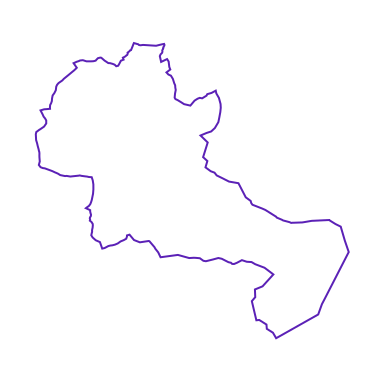 Giwa, Kaduna, Nigeria, rotated 264°
{"feature_id": "59680162B2967434957315", "entity_name": "Giwa", "entity_type": "district", "adm_level": 2, "iso_a3": "NGA", "parent_name": "Nigeria", "parent_adm1": "Kaduna", "projection": "albers", "projection_center": [7.407, 11.046], "detail": "fine", "context": "isolated", "style": "outline", "palette": "violet", "viewbox_px": 384, "rotation_deg": 264, "n_neighbors": 0, "source": "geoboundaries", "source_scale": "gbopen_adm2", "svg_char_len": 3880}
<svg xmlns="http://www.w3.org/2000/svg" viewBox="0 0 384 384"><g transform="rotate(264 192 192)"><path d="M332.5,87.7L327.6,90.4L326.6,89.2L325.1,87.2L324.0,85.5L321.2,81.3L318.0,76.4L316.5,74.7L314.3,70.7L312.8,69.1L311.0,68.0L307.5,67.2L304.7,65.4L302.6,63.5L299.7,62.6L297.0,62.1L296.6,61.9L295.1,61.2L293.3,60.0L291.1,59.6L289.9,59.5L289.6,59.5L289.6,56.5L289.7,53.6L289.0,49.9L284.7,51.6L282.5,52.3L281.7,52.8L280.5,53.6L278.4,54.5L275.4,54.2L272.5,51.7L270.1,47.3L270.0,46.9L267.9,43.4L265.8,42.7L265.7,42.7L259.9,42.4L256.9,43.0L253.7,43.4L250.7,43.9L248.7,44.1L248.0,44.3L246.4,44.3L243.9,44.0L242.5,43.9L238.6,43.8L238.3,43.8L234.9,42.5L232.5,44.0L231.4,46.1L230.9,48.1L228.6,52.8L228.3,53.4L227.3,55.4L225.7,58.0L225.3,58.8L224.2,60.7L222.6,62.7L221.1,67.4L221.1,69.0L220.1,72.6L220.1,78.3L220.1,80.9L220.2,82.1L219.6,83.8L218.7,87.5L218.3,89.3L217.7,91.0L217.2,93.8L213.9,94.5L209.9,94.7L204.9,94.2L200.6,93.4L194.6,91.5L192.5,90.6L190.6,89.6L188.9,88.0L187.7,85.9L187.0,84.8L184.6,88.8L183.2,88.7L181.4,88.9L180.6,89.1L179.8,89.2L178.5,88.8L177.4,87.9L176.5,87.6L175.2,87.8L174.2,87.4L173.3,88.3L172.7,88.9L170.7,89.9L169.3,89.9L166.8,89.4L165.4,88.9L164.4,88.6L162.9,88.5L162.0,88.2L161.9,88.1L159.5,87.3L157.2,88.4L154.1,91.2L151.8,95.2L145.1,96.8L145.4,99.2L145.9,100.5L147.0,103.2L147.3,105.3L147.3,107.2L147.7,109.9L148.6,112.8L150.3,115.8L151.3,119.2L152.4,121.7L154.6,122.7L155.6,122.8L156.1,125.4L150.3,129.3L147.4,134.9L147.8,143.8L147.5,144.5L141.1,148.9L139.4,149.6L135.5,152.1L130.4,153.9L130.9,171.4L126.6,182.3L126.4,187.0L126.1,188.9L125.3,192.9L122.7,195.8L122.4,196.1L121.7,198.6L122.7,205.8L123.6,211.3L122.5,214.6L118.4,220.9L117.7,222.9L117.6,223.3L116.3,224.4L116.0,226.3L116.9,229.3L118.1,232.3L119.0,234.5L116.9,239.2L116.1,243.9L113.6,247.3L109.1,256.2L101.5,264.3L90.8,252.3L88.5,244.4L80.8,243.9L77.2,240.1L57.7,242.6L57.7,245.5L52.4,252.2L48.1,252.1L43.6,257.8L37.8,260.4L57.0,304.7L66.9,309.5L72.0,312.9L115.9,341.6L125.1,339.5L127.7,338.9L142.0,336.3L145.1,331.4L149.7,325.5L149.8,325.5L150.8,308.0L150.2,298.7L150.7,291.4L150.9,288.7L150.9,287.4L151.8,285.9L154.2,279.6L155.0,278.5L157.7,273.6L158.6,273.1L166.3,263.3L166.7,262.7L168.3,259.9L173.0,250.8L174.7,249.8L177.0,249.4L181.1,244.9L195.9,239.1L198.5,229.9L202.9,223.1L205.9,218.3L208.9,216.4L210.7,212.8L215.1,208.0L221.2,210.5L225.5,206.7L239.6,212.8L247.3,206.4L249.2,212.7L250.2,217.4L253.2,221.4L258.7,225.5L263.4,227.0L268.5,228.5L270.9,229.0L272.7,229.4L276.5,229.6L282.8,228.6L283.2,228.4L287.5,226.5L290.3,226.2L288.5,221.8L287.7,217.4L286.3,216.5L284.1,211.9L284.7,209.9L284.8,209.5L284.2,207.3L282.6,204.1L278.1,199.4L280.2,193.3L282.3,190.7L284.9,187.3L286.1,185.3L287.6,184.6L291.6,185.4L295.2,186.5L297.5,186.3L299.9,186.4L302.0,185.7L306.5,184.8L309.9,183.2L311.3,180.8L313.6,179.1L316.1,183.2L318.7,182.5L324.2,182.4L326.8,181.1L324.6,174.9L330.5,174.2L332.1,175.1L332.8,175.9L333.2,176.4L333.7,176.9L334.3,177.1L335.1,177.3L335.9,177.2L336.3,177.4L336.8,177.8L337.2,178.1L337.6,178.1L337.9,178.2L338.0,178.4L338.4,178.7L338.8,178.6L339.4,178.9L339.9,179.3L340.2,179.6L340.7,179.8L341.1,180.0L342.2,179.7L342.0,177.7L341.8,175.9L341.2,171.6L343.4,158.6L343.3,156.2L343.7,154.7L344.5,154.0L346.2,149.8L344.8,149.0L343.4,148.3L341.9,147.5L339.5,146.2L339.3,145.2L338.6,144.6L337.3,142.5L336.5,142.6L335.1,141.9L334.7,141.0L334.1,140.3L333.4,139.0L333.3,138.7L332.8,137.3L330.8,137.8L330.0,135.0L327.4,133.3L326.4,132.6L325.6,132.0L325.3,131.8L325.0,129.8L326.7,128.4L327.7,126.5L328.7,124.0L328.9,122.6L329.0,122.2L329.9,121.1L330.0,121.0L331.0,119.8L331.8,118.8L331.9,118.7L333.2,117.5L334.5,116.3L335.2,115.4L335.2,114.8L335.2,114.3L334.9,112.4L334.3,111.7L333.4,110.6L332.7,109.9L332.4,107.9L332.4,107.0L332.5,105.5L333.0,100.7L333.5,99.5L334.0,98.4L334.5,97.2L334.5,94.4L334.0,93.0L333.6,91.0L332.5,87.7Z" fill="none" stroke="#5b21b6" stroke-width="2"/></g></svg>